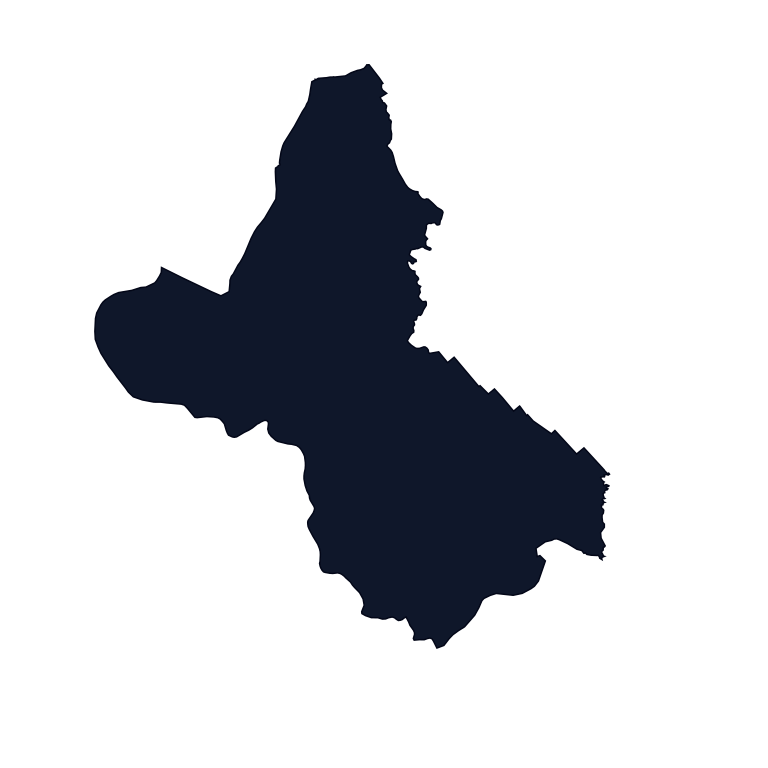 the district of Ixhuatlán del Sureste, Veracruz, Mexico, rotated 319°
{"feature_id": "50627088B30593781264169", "entity_name": "Ixhuatlán del Sureste", "entity_type": "district", "adm_level": 2, "iso_a3": "MEX", "parent_name": "Mexico", "parent_adm1": "Veracruz", "projection": "natural_earth1", "projection_center": [-94.38, 17.981], "detail": "fine", "context": "isolated", "style": "filled", "palette": "ink", "viewbox_px": 768, "rotation_deg": 319, "n_neighbors": 0, "source": "geoboundaries", "source_scale": "gbopen_adm2", "svg_char_len": 6171}
<svg xmlns="http://www.w3.org/2000/svg" viewBox="0 0 768 768"><g transform="rotate(319 384 384)"><path d="M509.3,122.0L506.8,123.3L501.4,124.8L485.6,130.7L466.9,136.4L463.8,137.9L458.7,141.2L452.0,146.8L450.0,148.7L449.7,150.1L449.3,150.4L447.4,149.9L446.1,150.4L445.2,150.0L443.8,149.9L441.3,152.5L435.3,160.0L430.7,166.4L423.7,173.5L402.7,180.6L397.2,181.7L391.4,182.6L386.2,184.1L379.3,186.9L364.4,194.3L359.4,196.3L355.4,197.7L351.8,198.5L342.4,202.1L339.5,202.6L335.9,204.6L333.8,206.9L327.7,212.7L318.8,210.5L314.3,201.1L301.4,171.5L292.5,150.1L289.1,153.7L285.6,155.2L280.1,156.9L277.3,157.3L267.9,154.7L263.7,151.6L255.1,147.9L243.7,140.9L239.0,139.3L235.4,138.6L228.8,137.7L225.6,137.8L222.5,138.5L213.8,141.9L209.3,145.2L200.4,154.5L195.4,160.9L192.5,168.5L190.5,175.2L188.2,189.8L187.8,197.1L187.1,203.7L186.3,217.5L185.8,222.4L186.4,229.2L191.2,237.5L198.5,246.7L203.4,251.0L207.9,256.0L217.8,266.2L219.5,269.1L219.7,273.4L219.4,285.1L220.9,286.8L228.9,292.3L234.0,297.3L236.5,300.5L237.4,303.0L237.5,306.4L237.4,309.3L234.5,315.6L233.6,318.2L233.1,320.6L234.8,324.4L236.1,326.0L238.1,327.2L246.9,328.8L251.6,330.1L256.0,330.8L262.1,331.0L264.0,331.6L265.8,331.8L268.7,332.6L270.3,333.3L271.5,334.7L271.8,336.4L270.7,338.2L266.7,341.8L264.9,345.4L264.6,349.5L265.4,355.6L266.2,357.7L268.4,360.8L272.2,366.2L274.6,368.7L277.7,373.0L278.5,376.2L278.5,378.8L278.1,381.2L277.5,383.9L276.6,386.5L273.2,391.6L271.2,394.0L268.8,396.4L265.7,398.7L263.3,400.9L261.3,403.2L257.9,409.0L255.7,414.2L254.6,419.0L253.0,421.2L252.1,423.3L250.8,430.7L249.9,432.5L248.2,433.7L245.9,434.9L237.2,437.2L235.8,438.2L234.6,439.7L233.2,441.8L232.2,444.9L230.5,452.3L228.9,461.5L227.3,466.0L225.8,468.8L223.9,471.2L219.4,475.9L217.7,477.1L216.4,479.4L215.6,481.4L215.1,483.7L215.1,486.1L216.0,487.6L218.9,491.2L221.1,493.4L225.1,496.1L226.6,498.2L227.3,500.0L227.9,502.9L228.0,505.4L228.8,511.5L228.3,515.1L228.3,518.2L228.7,525.5L227.2,532.5L223.9,538.0L217.8,541.2L216.7,542.8L218.1,546.7L221.2,552.1L226.0,556.3L228.6,560.4L231.2,562.4L234.1,563.4L237.3,565.2L238.6,567.3L239.0,569.7L239.7,571.9L241.5,573.1L243.5,573.8L245.0,573.7L247.8,574.3L246.5,579.8L245.3,583.1L244.7,589.2L244.0,591.4L242.8,593.0L239.2,595.3L238.7,597.1L243.0,600.2L246.6,603.4L249.8,604.6L252.1,605.9L253.1,607.9L252.6,610.7L250.7,618.0L257.7,620.6L266.2,618.9L271.5,618.4L278.4,619.0L285.5,620.1L300.7,618.0L308.7,615.1L315.8,611.7L318.8,611.4L325.5,613.2L331.3,615.7L342.9,628.2L351.0,632.7L360.6,634.9L364.8,635.3L371.3,634.0L389.7,623.4L389.1,615.8L386.4,614.8L390.9,607.7L402.2,608.9L408.1,612.0L410.6,612.6L412.8,614.2L414.1,616.4L417.9,624.9L421.2,635.3L424.0,639.4L423.8,642.9L425.2,643.7L425.3,645.7L428.0,649.1L432.3,653.2L433.1,653.7L433.3,655.4L432.5,657.0L433.3,659.5L433.8,658.5L435.0,657.9L437.3,658.7L436.8,657.9L437.6,655.0L437.3,654.5L438.7,653.1L440.2,653.2L441.4,652.2L441.8,651.4L442.5,651.1L443.4,651.6L444.7,651.3L446.7,642.8L450.0,638.2L456.3,636.7L458.4,634.3L458.3,631.8L460.9,627.9L462.6,626.0L464.9,625.3L467.0,623.4L467.2,622.2L466.8,620.5L468.6,618.0L469.8,618.8L470.8,618.2L470.8,617.1L472.9,618.1L472.3,616.8L472.8,616.1L472.5,615.0L472.8,614.3L473.4,614.2L475.6,615.3L475.4,613.7L476.1,613.0L476.2,612.3L477.4,610.5L478.8,610.6L479.3,610.8L479.4,610.3L480.9,609.2L483.2,610.3L484.2,610.0L483.4,608.8L484.0,607.8L486.7,608.6L487.0,608.4L485.9,605.9L485.3,605.5L483.7,605.3L483.3,604.9L484.9,602.3L485.9,602.4L485.4,600.5L485.6,598.2L485.9,596.9L486.3,596.6L488.2,597.5L489.4,598.7L490.0,598.4L490.4,597.1L492.7,598.5L493.4,599.8L495.0,600.0L495.1,598.7L494.0,598.7L493.6,595.0L493.8,593.2L493.0,563.4L483.4,563.2L482.5,531.2L477.7,531.4L472.3,509.8L472.2,501.4L470.9,501.5L471.9,490.3L471.9,489.6L464.0,489.5L464.4,472.0L464.1,460.2L456.2,460.0L455.4,448.3L453.9,448.2L454.5,409.8L446.0,409.6L446.4,395.6L438.3,390.7L438.6,389.0L439.7,387.3L439.9,385.1L439.4,383.1L438.4,382.1L434.4,380.5L432.8,379.3L431.4,377.8L430.1,372.9L429.7,369.1L429.9,367.1L430.5,366.4L435.3,364.7L438.0,364.1L440.4,364.4L441.6,363.2L442.5,361.0L443.7,359.9L445.8,359.4L446.5,358.5L447.6,356.0L448.6,355.6L450.1,356.7L451.5,356.2L453.0,354.8L455.3,354.4L456.6,356.1L458.6,355.8L462.5,353.9L467.4,352.4L468.4,351.4L469.6,349.9L469.7,349.0L468.0,347.9L466.9,346.8L466.9,342.0L467.2,340.8L468.6,339.7L471.5,338.6L473.3,335.3L475.7,334.4L474.8,332.2L474.6,330.7L475.2,329.2L475.8,328.2L478.8,327.6L479.5,326.6L479.6,325.0L479.3,321.9L480.3,320.3L481.3,319.3L480.8,318.3L479.6,316.8L479.2,314.4L479.4,312.3L480.9,308.3L482.2,306.9L483.0,306.9L483.6,307.4L484.2,308.5L484.3,309.4L484.0,310.5L484.0,311.3L484.5,312.2L485.5,312.3L486.5,311.7L487.1,311.8L488.3,312.6L488.9,312.6L489.7,311.1L489.0,309.5L488.1,305.9L487.8,303.6L488.2,302.8L492.1,300.6L493.4,301.0L496.6,302.9L497.1,302.9L498.3,304.0L502.5,305.3L503.6,306.6L503.9,308.5L506.2,312.9L507.4,313.3L508.2,312.7L508.1,311.5L506.8,309.2L506.5,307.8L506.8,306.4L508.8,303.9L510.3,303.1L512.1,303.0L512.1,299.6L512.3,298.2L518.1,294.3L519.6,292.6L520.7,291.7L523.1,292.0L524.9,293.8L525.8,294.0L527.5,295.0L528.3,295.7L528.2,298.3L528.8,299.2L529.9,299.8L530.8,300.0L533.7,297.6L535.7,296.9L541.1,293.2L541.6,291.9L541.4,290.1L539.8,285.5L539.4,279.9L538.6,273.5L537.5,272.2L536.1,271.7L535.4,271.1L534.5,269.7L534.1,268.5L534.1,265.6L534.6,262.1L535.4,261.8L535.7,261.1L533.8,259.1L532.4,256.8L531.2,253.3L530.9,251.0L531.2,247.0L532.2,242.4L533.6,234.6L534.2,232.0L537.1,224.7L540.3,218.6L542.0,214.7L542.5,212.0L542.2,206.8L542.5,206.2L544.8,205.4L546.3,205.6L548.7,204.3L550.2,204.0L553.9,200.2L556.4,195.9L559.5,192.5L561.6,190.8L562.1,189.1L561.5,188.5L561.3,187.7L562.3,186.5L562.4,185.7L563.4,185.3L564.3,184.5L564.4,181.3L564.2,180.3L565.5,178.1L568.4,175.9L568.7,172.2L567.7,170.8L568.5,169.1L568.5,167.4L569.2,165.1L576.7,166.4L575.7,161.2L576.4,158.7L578.8,156.1L580.4,156.4L581.2,150.1L582.2,133.3L580.4,131.8L578.8,132.3L576.0,132.7L572.5,131.5L569.7,129.9L563.4,127.5L557.0,126.2L548.3,120.1L547.3,119.0L546.4,118.5L544.5,116.9L541.5,115.1L535.2,110.4L534.9,111.0L533.9,109.9L532.9,110.3L531.9,108.9L531.5,109.5L527.9,108.5L521.9,113.4L517.9,116.9L512.3,121.0L509.3,122.0Z" fill="#0f172a" stroke="#020617" stroke-width="1.5"/></g></svg>